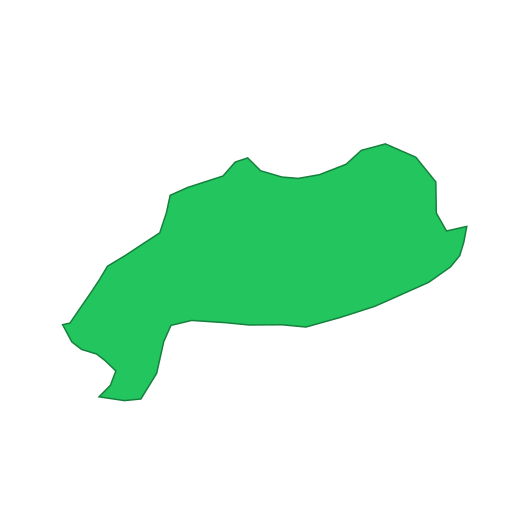 Tavrou, Cyprus (orthographic projection), rotated 336°
{"feature_id": "46923920B83443733114652", "entity_name": "Tavrou", "entity_type": "district", "adm_level": 2, "iso_a3": "CYP", "parent_name": "Cyprus", "parent_adm1": "", "projection": "orthographic", "projection_center": [34.075, 35.395], "detail": "fine", "context": "isolated", "style": "filled", "palette": "green", "viewbox_px": 512, "rotation_deg": 336, "n_neighbors": 0, "source": "geoboundaries", "source_scale": "gbopen_adm2", "svg_char_len": 793}
<svg xmlns="http://www.w3.org/2000/svg" viewBox="0 0 512 512"><g transform="rotate(336 256 256)"><path d="M51.4,240.1L52.8,259.6L58.7,270.5L70.4,280.6L75.4,289.8L81.2,304.0L70.4,314.9L55.3,320.8L77.0,334.6L92.7,339.8L117.5,322.8L137.0,296.6L150.1,284.8L171.0,288.7L201.0,304.5L221.8,316.3L251.8,329.4L272.7,341.2L307.9,346.4L344.4,350.3L382.3,350.3L403.1,350.3L417.4,347.4L429.2,345.1L442.3,338.5L451.4,328.0L460.6,314.7L440.2,310.6L438.2,290.1L450.4,261.5L442.2,230.8L419.8,206.2L395.3,202.3L375.7,208.8L347.0,207.5L326.2,202.3L311.8,194.4L294.9,180.0L288.3,163.0L275.3,161.7L258.3,169.5L221.8,165.6L202.3,165.6L191.8,180.0L177.5,195.7L160.5,198.4L137.1,202.3L116.2,204.9L103.1,214.1L88.8,223.2L75.8,231.1L58.8,241.6L51.4,240.1Z" fill="#22c55e" stroke="#15803d" stroke-width="1.5"/></g></svg>